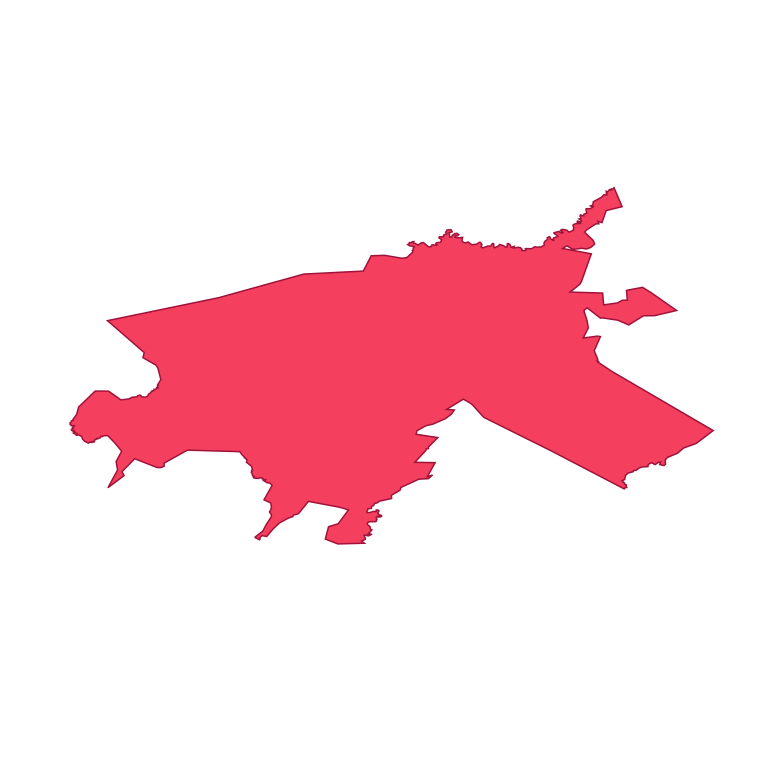 Variņu pag., Smiltenes, Latvia (Equal Earth projection), rotated 170°
{"feature_id": "27541924B26763457463148", "entity_name": "Variņu pag.", "entity_type": "district", "adm_level": 2, "iso_a3": "LVA", "parent_name": "Latvia", "parent_adm1": "Smiltenes", "projection": "equal_earth", "projection_center": [26.157, 57.319], "detail": "fine", "context": "isolated", "style": "filled", "palette": "rose", "viewbox_px": 768, "rotation_deg": 170, "n_neighbors": 0, "source": "geoboundaries", "source_scale": "gbopen_adm2", "svg_char_len": 6156}
<svg xmlns="http://www.w3.org/2000/svg" viewBox="0 0 768 768"><g transform="rotate(170 384 384)"><path d="M673.9,329.8L655.9,338.9L657.2,343.2L642.5,353.7L622.1,341.2L618.2,340.4L614.9,341.1L614.2,344.3L589.1,353.0L537.8,342.4L536.0,338.7L534.2,336.5L534.4,335.6L533.0,334.9L533.1,334.3L531.9,332.9L533.1,330.9L528.9,326.1L528.3,322.7L529.4,322.0L529.6,321.3L529.1,320.8L530.0,320.0L529.3,318.1L529.4,316.9L528.0,315.7L528.9,315.2L528.5,314.0L524.3,312.8L522.2,313.2L520.3,312.5L520.4,311.8L519.2,311.5L519.6,310.3L517.2,310.3L518.0,309.1L518.5,309.1L516.2,307.0L513.6,306.2L511.8,303.5L522.3,290.8L516.2,286.5L516.2,282.2L518.1,278.7L518.8,278.3L518.9,277.2L517.8,275.6L517.8,273.4L518.2,272.6L524.5,265.9L528.8,260.3L537.4,255.7L537.5,255.1L533.6,252.2L533.0,252.8L532.8,254.3L530.7,255.9L526.0,254.2L518.5,260.4L511.1,265.3L501.3,268.6L497.0,269.2L495.6,270.7L490.8,271.1L478.8,281.5L449.0,270.3L440.8,266.2L453.4,254.3L463.4,253.1L468.7,241.5L457.2,234.5L431.0,230.6L433.4,233.2L429.3,234.3L429.1,235.4L430.0,238.3L429.0,238.7L426.0,237.1L422.6,238.0L423.1,238.6L425.7,239.1L421.2,242.4L422.6,243.5L422.5,246.0L424.8,248.6L424.1,250.3L422.5,250.9L416.1,249.9L415.4,250.2L415.0,251.6L414.5,251.7L414.9,253.6L414.6,254.2L410.1,253.7L409.2,254.4L409.8,255.5L412.5,255.4L411.8,256.6L412.5,257.9L411.0,260.0L411.8,261.0L413.6,261.2L413.6,260.1L414.3,259.8L416.4,260.4L419.9,259.9L422.9,260.2L423.2,261.3L422.1,262.2L421.5,263.9L418.0,263.7L417.4,265.9L415.3,266.1L414.1,268.0L411.5,268.1L408.7,269.4L396.6,269.9L396.3,270.1L396.1,273.1L386.7,276.6L385.2,279.2L366.3,284.2L356.8,283.1L352.0,285.9L357.3,285.3L347.3,297.7L367.2,301.5L354.2,311.4L353.9,312.7L351.4,312.7L351.4,314.1L340.3,321.9L361.1,328.9L359.7,332.2L350.1,335.6L342.7,336.0L329.2,339.3L322.8,342.7L319.3,346.2L326.9,348.1L308.5,355.3L302.2,350.0L300.3,347.8L291.6,333.9L230.4,288.7L165.7,239.0L165.1,239.7L162.9,240.0L163.2,241.1L162.9,242.6L164.6,243.6L164.3,244.7L165.8,246.1L165.4,247.1L166.2,247.4L164.8,248.1L163.6,248.0L162.0,252.0L159.1,253.9L153.7,254.4L153.2,255.4L150.2,255.3L147.8,256.8L144.4,257.5L138.4,256.8L137.8,258.9L134.2,260.0L131.0,257.5L127.5,259.1L125.2,259.1L126.5,256.8L122.5,255.1L120.8,256.0L120.1,260.6L117.4,262.5L106.9,264.9L100.2,268.9L86.7,271.3L67.9,281.0L157.5,356.9L169.7,368.6L168.8,369.0L170.1,370.3L169.2,371.2L171.2,380.3L162.6,393.1L165.5,394.1L179.8,394.7L173.1,403.7L173.0,410.7L174.4,421.6L170.7,423.7L159.4,411.3L157.2,411.1L142.8,406.3L132.7,399.7L116.7,406.1L105.5,404.3L83.1,405.6L104.9,427.4L112.6,434.3L129.0,434.1L129.8,424.3L134.6,425.1L140.1,423.3L153.9,423.8L152.9,435.6L184.7,442.2L173.9,448.2L171.9,450.4L157.2,476.2L184.5,486.4L179.9,488.4L174.8,483.8L165.7,483.3L161.1,481.8L156.6,482.6L152.3,485.2L153.1,489.2L160.2,498.8L157.9,500.4L147.8,504.9L144.6,504.5L145.1,507.0L141.3,505.1L135.1,516.2L118.7,517.3L123.4,537.4L124.8,536.3L125.9,536.6L126.6,535.5L126.9,535.4L126.9,536.3L128.0,536.4L130.3,534.6L131.6,535.1L131.1,534.2L132.1,533.5L131.5,532.6L132.1,532.1L131.7,531.7L132.7,531.5L134.7,532.2L137.2,530.2L146.2,527.2L147.3,524.0L149.7,523.5L149.0,523.0L147.3,523.1L146.9,522.8L147.0,522.1L150.5,520.9L154.4,521.5L154.8,520.8L154.7,516.9L157.5,516.6L158.1,514.9L161.1,516.4L161.9,515.4L161.0,514.2L161.4,512.8L163.3,512.6L161.1,510.6L161.4,509.8L162.9,509.6L164.8,510.8L165.5,510.6L165.6,509.6L162.6,508.5L162.6,508.0L167.6,508.6L170.0,508.0L170.3,507.5L170.1,505.3L170.7,502.6L175.3,501.4L177.2,503.7L180.8,505.2L182.5,505.2L183.5,504.6L181.3,502.2L182.5,501.4L185.3,503.8L190.3,503.5L190.4,502.7L187.1,499.7L187.3,499.0L191.5,498.5L192.2,497.5L191.7,496.2L192.2,495.9L194.9,498.1L195.0,499.8L195.7,500.4L197.8,499.8L197.8,498.1L201.1,496.4L202.0,494.8L202.1,492.9L205.3,491.7L209.9,492.2L211.6,493.0L215.3,491.6L220.5,492.7L221.5,492.4L221.0,491.4L221.3,490.8L224.2,491.2L225.1,491.6L224.7,492.7L225.9,494.5L227.5,495.2L232.9,495.5L231.9,496.9L235.0,496.5L235.8,499.6L237.4,500.7L238.2,500.7L239.0,497.6L240.4,497.7L242.3,499.5L245.8,501.3L248.1,499.8L251.7,499.0L252.0,499.7L251.6,502.9L252.3,503.5L253.3,503.2L254.8,501.3L258.1,501.8L263.0,500.9L264.5,502.1L263.3,504.6L264.6,506.8L265.7,507.0L267.6,505.9L269.4,505.6L272.6,505.9L273.6,506.1L276.4,509.2L279.4,508.9L280.8,509.4L282.1,510.8L282.3,512.1L281.1,514.7L285.9,515.1L288.6,516.2L288.1,517.7L285.7,517.1L284.4,518.1L286.2,519.8L288.3,519.8L291.0,518.5L291.7,517.1L293.5,517.3L293.9,518.5L293.4,520.1L293.7,521.6L290.5,522.0L290.8,523.7L291.4,524.3L295.1,524.8L297.0,522.7L296.0,521.0L299.4,520.4L299.9,518.5L303.5,519.4L304.4,518.9L304.5,518.2L302.2,516.2L303.6,513.8L307.8,514.0L308.7,513.1L307.6,511.8L309.0,511.6L312.3,512.8L313.4,512.0L313.9,511.0L315.6,511.1L316.6,511.7L320.6,516.4L322.7,516.6L326.3,514.9L329.3,517.3L330.4,517.5L330.5,518.2L329.9,519.1L331.4,519.2L332.2,518.5L334.4,518.9L334.3,518.1L336.5,517.2L334.6,515.5L332.0,514.8L330.4,513.8L331.8,512.7L331.6,511.2L332.9,510.6L332.6,509.2L333.1,508.7L339.7,504.5L344.5,504.7L361.0,510.6L374.3,512.5L384.8,498.8L443.9,506.2L532.1,497.7L645.3,494.4L614.7,456.6L616.8,451.8L605.4,442.3L603.9,439.0L603.0,427.1L607.3,422.3L606.5,421.6L607.4,420.8L607.2,420.2L607.9,420.0L607.6,419.4L608.6,419.7L608.6,419.1L610.2,418.3L611.3,418.7L611.2,418.1L612.0,417.6L613.4,417.6L613.3,417.2L615.2,416.4L615.2,415.9L617.8,414.8L618.1,413.8L619.3,413.0L621.4,412.5L624.9,413.5L625.6,415.1L626.6,415.5L628.8,415.1L629.6,414.3L634.7,414.7L637.4,413.6L645.8,414.0L656.5,424.8L669.6,427.2L688.7,414.4L691.9,407.5L696.5,403.1L696.3,402.5L696.6,402.1L698.3,401.9L698.8,400.8L700.0,400.2L700.1,398.5L699.0,397.8L699.2,397.3L697.0,396.6L695.4,396.8L698.4,395.1L697.9,394.1L699.7,393.7L699.6,392.5L698.9,391.8L697.9,392.2L697.5,392.0L697.7,391.3L696.9,391.0L697.6,390.3L696.9,389.9L698.4,389.6L696.3,388.0L694.9,388.2L695.7,387.0L693.2,386.7L690.9,384.8L690.3,381.9L688.9,379.7L685.4,377.1L684.0,377.7L682.2,377.3L682.4,377.8L681.8,378.0L679.6,377.1L679.3,377.4L679.6,377.7L679.2,378.7L677.9,379.6L677.5,379.2L675.9,380.4L675.5,379.7L672.9,380.3L671.6,381.7L670.9,381.1L669.0,381.7L665.6,381.2L664.8,380.8L659.9,373.6L654.0,363.4L661.3,354.1L661.3,345.6L673.9,329.8Z" fill="#f43f5e" stroke="#9f1239" stroke-width="1.5"/></g></svg>